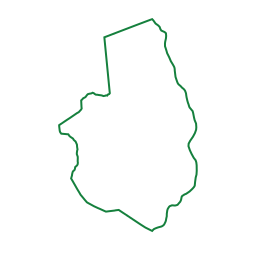 Timon, Maranhão, Brazil, rotated 353°
{"feature_id": "56859067B25713173966314", "entity_name": "Timon", "entity_type": "district", "adm_level": 2, "iso_a3": "BRA", "parent_name": "Brazil", "parent_adm1": "Maranhão", "projection": "robinson", "projection_center": [-42.991, -5.173], "detail": "fine", "context": "isolated", "style": "outline", "palette": "green", "viewbox_px": 256, "rotation_deg": 353, "n_neighbors": 0, "source": "geoboundaries", "source_scale": "gbopen_adm2", "svg_char_len": 2662}
<svg xmlns="http://www.w3.org/2000/svg" viewBox="0 0 256 256"><g transform="rotate(353 128 128)"><path d="M60.0,116.8L59.9,118.2L59.9,119.8L59.9,121.4L59.9,122.6L60.2,124.0L61.1,125.5L68.0,127.0L68.9,128.8L69.9,129.9L71.1,130.9L72.2,131.9L72.6,133.0L73.2,133.8L74.3,135.0L74.8,136.6L75.3,138.3L75.2,140.1L75.2,141.7L75.3,143.0L74.8,144.2L74.3,146.0L74.0,147.6L74.3,149.0L74.6,150.3L74.5,151.6L74.3,152.9L74.0,154.9L74.0,156.4L73.6,157.9L72.9,158.9L71.9,159.6L70.8,160.4L70.4,161.9L69.9,163.0L68.9,163.8L68.0,164.4L67.4,165.7L66.9,167.1L66.6,168.3L66.0,169.7L65.4,171.2L66.5,173.7L70.3,182.8L71.8,186.1L72.8,188.5L73.6,189.7L76.7,194.6L77.4,195.6L78.1,196.7L79.4,197.7L80.8,198.7L82.2,199.7L84.7,201.5L88.7,204.0L89.8,204.6L93.4,206.8L94.2,207.3L95.9,208.3L97.8,208.3L98.9,208.3L100.7,208.3L103.3,208.3L104.6,208.3L105.8,208.2L108.8,208.2L110.3,209.5L128.5,225.1L133.1,228.9L139.4,233.1L141.2,231.6L142.9,231.0L144.5,230.6L145.9,230.3L149.4,229.8L151.1,229.0L152.1,228.2L153.7,225.8L154.3,224.6L155.0,222.3L155.7,220.4L156.1,217.7L157.0,214.4L157.7,213.0L159.3,211.1L160.1,210.6L162.3,210.1L164.7,210.6L165.7,210.7L167.8,210.3L169.3,208.9L170.9,207.5L171.9,205.8L172.9,202.8L173.7,201.9L174.8,201.5L175.8,200.9L177.7,200.4L181.4,198.5L184.0,196.6L185.0,195.8L186.3,194.6L187.2,193.4L187.7,191.2L188.1,189.4L189.2,185.3L190.3,182.6L191.0,178.9L191.6,173.3L191.6,170.4L191.2,168.3L189.6,165.6L187.9,161.3L186.7,157.6L185.8,153.4L186.3,150.9L188.2,148.2L191.4,144.6L193.8,141.2L195.4,138.0L195.9,135.6L196.1,131.9L195.1,128.3L194.8,125.6L194.7,124.2L194.5,121.3L194.2,119.1L193.2,117.6L192.4,116.3L191.6,115.1L191.2,113.4L191.0,112.0L190.6,110.4L190.2,107.9L190.1,106.7L189.9,105.0L189.8,102.9L189.8,100.8L189.5,99.3L189.2,98.1L188.5,96.7L187.6,95.6L186.5,94.5L185.4,92.9L184.2,91.6L183.4,90.7L182.7,89.2L182.3,87.5L182.0,86.1L181.4,83.1L181.4,81.3L181.4,76.8L181.5,75.6L181.5,74.3L181.3,73.1L180.9,72.0L180.2,70.3L179.4,68.5L178.7,67.0L177.5,62.8L176.0,58.6L175.6,56.1L175.0,52.8L174.7,51.5L175.0,48.6L175.4,47.0L176.0,45.3L176.6,43.6L177.1,41.3L177.2,38.6L176.0,37.2L174.0,36.0L173.0,35.4L172.3,34.1L171.7,31.5L170.5,29.9L168.1,27.7L166.2,24.2L165.2,22.9L158.9,24.4L148.2,27.0L127.6,32.1L115.6,35.1L115.5,38.0L114.9,62.0L114.2,89.7L114.2,91.2L113.5,92.0L112.2,92.3L111.3,93.3L110.3,92.9L109.3,93.2L107.5,93.3L106.0,92.5L105.0,92.2L103.8,91.9L102.7,91.6L101.8,91.3L100.2,91.0L99.1,90.2L98.3,89.3L97.2,88.7L95.8,89.2L93.6,89.3L92.1,89.6L90.8,90.8L89.7,92.0L88.7,92.5L87.2,93.0L86.1,94.0L84.9,94.9L84.4,101.5L84.4,102.9L83.8,103.9L81.0,106.3L79.2,107.0L71.5,111.0L68.4,112.5L61.9,115.8L60.9,116.3L60.0,116.8Z" fill="none" stroke="#15803d" stroke-width="2"/></g></svg>